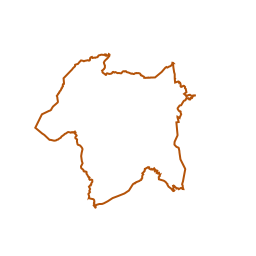 Juchitlán, Jalisco, Mexico (Mercator projection), rotated 139°
{"feature_id": "50627088B62561393474891", "entity_name": "Juchitlán", "entity_type": "district", "adm_level": 2, "iso_a3": "MEX", "parent_name": "Mexico", "parent_adm1": "Jalisco", "projection": "mercator", "projection_center": [-104.048, 20.063], "detail": "fine", "context": "isolated", "style": "outline", "palette": "amber", "viewbox_px": 256, "rotation_deg": 139, "n_neighbors": 0, "source": "geoboundaries", "source_scale": "gbopen_adm2", "svg_char_len": 5778}
<svg xmlns="http://www.w3.org/2000/svg" viewBox="0 0 256 256"><g transform="rotate(139 128 128)"><path d="M204.9,88.5L204.6,89.3L204.3,89.8L203.1,90.7L201.8,90.5L199.6,89.5L197.4,87.7L195.6,87.0L191.4,86.0L185.6,85.2L180.5,83.3L173.6,80.9L168.3,80.2L161.3,82.3L160.6,82.3L159.7,82.1L159.5,81.9L159.1,82.0L158.9,81.7L158.0,81.8L157.4,81.6L157.1,81.7L156.5,81.4L154.2,80.6L153.5,80.6L152.2,80.2L151.4,80.4L151.2,80.8L150.1,80.9L148.8,82.4L147.5,83.0L147.0,83.0L146.9,84.4L145.5,84.4L145.3,84.5L144.9,84.4L144.5,84.7L143.7,84.6L143.3,85.0L142.5,85.4L142.4,85.9L142.1,86.1L141.1,85.7L140.3,85.7L139.5,85.4L138.5,85.3L138.4,84.8L138.5,84.6L137.9,84.3L138.2,83.8L138.4,83.8L138.6,83.2L137.8,81.5L136.9,81.5L136.6,80.4L134.7,80.4L134.8,79.3L135.4,79.2L135.9,78.2L135.0,78.3L135.1,77.4L134.2,77.2L134.0,76.7L135.3,76.5L135.4,76.1L135.7,75.6L134.6,75.5L134.7,74.5L135.2,74.5L135.3,74.3L134.0,73.8L135.2,71.7L134.7,71.6L135.5,71.2L135.6,70.9L137.0,70.8L138.3,69.0L135.6,64.8L135.1,63.0L135.0,61.6L135.2,60.3L135.0,59.9L135.5,59.2L135.6,58.3L135.9,57.3L135.1,53.4L135.3,51.9L135.2,50.7L134.7,50.4L134.1,50.5L134.3,51.1L133.5,52.7L132.9,53.2L132.2,53.2L132.1,53.9L132.1,54.6L132.0,54.8L131.3,54.6L131.1,53.8L131.1,52.0L130.8,51.1L131.2,50.5L131.0,50.3L130.3,50.1L129.9,49.8L129.8,49.2L129.8,48.5L127.6,48.1L127.3,47.9L126.9,47.3L126.7,46.6L126.9,46.2L126.3,45.6L125.5,47.4L124.5,48.7L124.1,50.0L123.1,50.7L121.6,51.6L111.9,59.3L111.6,59.8L109.0,69.9L105.2,75.8L104.3,77.0L102.9,79.5L102.8,80.0L103.8,82.0L103.9,84.7L103.7,85.2L102.4,86.5L101.7,87.1L95.7,89.8L95.2,90.2L87.8,100.5L85.8,99.3L83.5,103.9L83.3,104.1L82.5,101.7L82.1,102.0L78.8,103.5L78.3,105.0L77.5,105.9L77.5,106.2L78.0,106.6L78.2,106.9L78.3,107.8L78.1,109.5L77.8,110.1L77.4,110.4L74.3,111.1L72.9,110.3L70.0,111.3L68.3,111.8L67.6,111.8L66.6,111.3L66.4,111.3L65.7,111.7L64.6,112.0L64.3,111.6L63.3,111.2L62.9,110.9L62.9,110.6L63.1,109.5L62.6,108.8L62.3,108.8L61.1,109.6L60.8,109.5L60.4,108.7L60.1,108.6L58.1,109.5L57.8,109.5L55.4,108.2L57.2,109.6L58.9,110.5L59.2,111.2L59.5,112.5L60.3,112.8L60.6,113.1L61.9,113.4L63.3,113.4L63.1,114.0L62.6,114.4L63.0,114.9L63.3,116.9L60.4,116.7L58.7,119.8L58.9,120.6L58.5,121.2L58.0,121.6L58.1,123.0L58.5,123.5L60.6,123.9L61.0,124.4L60.8,125.0L61.6,125.0L60.4,125.3L60.0,126.1L59.6,126.5L59.0,127.9L59.1,128.7L59.7,128.7L59.3,129.7L59.5,130.1L59.8,130.2L62.6,131.4L60.7,134.1L60.1,134.3L60.1,134.9L57.4,138.0L56.6,139.8L54.3,143.5L52.9,145.5L51.3,147.4L51.2,147.3L51.2,147.5L51.7,148.1L52.4,147.5L53.4,147.0L55.2,146.8L57.0,147.5L58.5,147.7L58.9,148.1L59.0,148.8L60.2,149.0L65.8,148.2L74.4,148.4L76.5,150.1L77.7,151.2L78.1,151.3L78.7,151.7L79.2,152.4L80.0,152.7L80.1,152.9L80.0,153.0L80.6,153.4L82.0,154.4L82.1,154.7L82.8,155.2L82.4,155.7L82.4,156.5L83.2,158.3L83.1,158.5L83.2,158.9L83.7,159.4L83.3,160.4L83.3,161.4L84.0,162.5L85.1,163.4L85.5,163.9L85.8,163.9L86.6,164.6L88.0,164.8L88.6,165.3L89.2,166.5L89.9,166.8L91.1,169.3L92.3,171.0L92.3,172.2L92.6,172.5L93.3,172.7L93.4,173.1L94.3,173.9L94.8,174.0L95.8,173.9L97.0,173.7L97.4,173.8L98.8,175.5L99.3,175.8L100.0,176.4L100.7,178.2L101.0,178.6L102.0,178.9L102.3,180.0L102.6,180.2L103.2,180.2L104.2,179.9L105.2,180.1L106.7,181.1L107.8,182.9L108.1,183.1L108.7,183.1L109.6,182.5L109.9,182.6L110.0,182.8L110.1,183.8L110.7,186.1L110.6,187.0L109.8,188.0L109.8,188.3L107.5,188.2L107.1,188.5L106.5,188.5L105.9,188.7L104.4,190.3L104.3,190.9L103.6,192.7L103.2,193.3L101.5,193.9L99.2,194.1L98.4,194.0L98.1,194.2L97.7,194.3L97.0,194.1L96.6,194.2L96.1,194.5L95.1,194.5L94.7,195.0L94.2,195.1L93.9,195.3L93.8,195.7L94.0,196.3L94.3,196.1L95.4,196.1L96.6,196.5L97.1,196.8L97.2,197.0L96.6,197.1L96.4,197.8L97.1,198.2L97.1,198.6L97.7,198.5L98.0,198.7L100.1,200.9L101.4,201.4L102.2,201.9L102.9,202.0L104.2,201.5L104.8,201.6L106.1,202.4L106.7,202.5L107.1,203.1L108.9,204.2L108.6,205.3L109.6,205.7L110.4,205.7L111.4,205.0L112.1,204.3L112.8,204.2L113.0,204.3L113.5,204.7L113.7,205.4L116.7,207.1L117.5,207.3L117.8,208.1L119.1,209.8L121.7,209.6L123.6,209.2L126.4,210.4L127.6,209.3L130.6,209.2L131.4,208.9L144.0,207.8L147.0,203.7L147.6,203.3L148.0,203.7L149.0,203.3L149.4,202.9L149.5,202.5L149.8,202.1L150.6,202.1L151.5,201.5L152.2,201.6L152.4,201.3L154.3,200.5L155.4,200.5L156.7,199.8L156.9,200.0L157.8,199.6L158.6,199.4L158.7,199.5L159.6,199.1L160.6,199.0L160.8,198.7L160.9,198.2L161.2,197.5L161.9,196.6L163.3,194.3L163.8,193.7L164.4,193.4L170.5,193.4L173.0,192.7L173.9,192.2L174.6,192.2L175.4,192.3L176.3,192.7L184.0,194.8L197.8,189.0L196.4,180.2L195.7,177.7L195.0,170.6L194.1,169.7L192.1,166.9L190.6,165.9L189.3,165.7L188.5,165.2L187.3,165.2L185.2,164.8L184.8,164.8L184.5,165.0L183.9,165.2L180.9,164.9L179.5,165.0L178.6,164.6L176.3,164.4L175.5,163.9L174.8,162.9L174.1,162.2L174.1,161.9L173.3,161.8L172.8,161.0L172.3,161.0L172.1,160.4L171.6,160.4L170.9,160.1L170.5,160.1L170.6,159.7L170.5,159.2L170.6,158.9L171.3,158.9L171.7,158.6L171.6,156.5L171.8,155.9L173.5,155.7L174.0,155.4L174.3,155.0L174.4,154.5L174.3,154.1L174.0,153.4L174.0,152.7L175.4,151.3L176.8,148.7L176.8,148.3L176.6,147.9L175.7,146.4L175.6,144.8L175.7,143.6L175.9,142.5L176.3,141.8L179.2,139.7L181.8,137.5L184.6,133.2L185.1,131.9L185.4,131.2L186.7,130.6L188.4,130.0L188.8,129.7L189.5,128.6L189.6,128.1L189.2,126.0L189.3,125.1L189.7,124.8L189.7,124.2L189.6,123.8L188.5,123.0L188.2,122.2L188.2,121.8L188.6,121.6L189.1,121.1L189.4,120.4L189.3,119.7L189.7,118.6L189.8,117.6L189.6,116.3L190.0,116.4L190.0,115.7L190.8,114.8L190.8,113.9L189.4,113.0L189.1,112.2L190.2,110.8L192.1,110.3L192.9,109.4L193.6,109.2L193.7,109.6L196.0,109.3L196.6,106.8L198.5,105.9L198.7,104.6L201.2,104.2L202.1,101.9L203.2,101.1L202.9,101.1L203.1,100.4L203.1,100.1L202.8,99.5L201.1,97.3L200.8,96.7L200.9,95.7L201.9,94.2L202.4,94.2L203.1,93.6L203.2,92.6L204.6,92.2L204.9,88.5Z" fill="none" stroke="#b45309" stroke-width="2"/></g></svg>